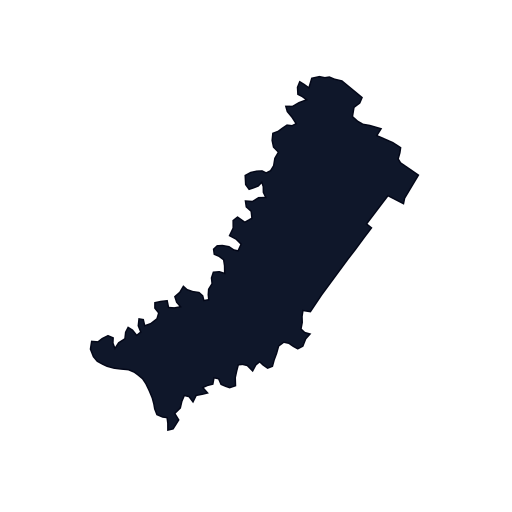 the district of Caibi, Santa Catarina, Brazil, rotated 23°
{"feature_id": "56859067B86054509591718", "entity_name": "Caibi", "entity_type": "district", "adm_level": 2, "iso_a3": "BRA", "parent_name": "Brazil", "parent_adm1": "Santa Catarina", "projection": "natural_earth1", "projection_center": [-53.28, -27.03], "detail": "fine", "context": "isolated", "style": "filled", "palette": "ink", "viewbox_px": 512, "rotation_deg": 23, "n_neighbors": 0, "source": "geoboundaries", "source_scale": "gbopen_adm2", "svg_char_len": 2605}
<svg xmlns="http://www.w3.org/2000/svg" viewBox="0 0 512 512"><g transform="rotate(23 256 256)"><path d="M373.9,118.1L352.7,113.8L348.9,111.1L348.1,104.8L346.8,99.8L337.7,98.2L320.1,98.0L321.4,90.0L309.7,91.4L302.9,93.0L296.7,92.2L290.3,90.0L288.1,80.9L291.7,74.6L291.7,68.7L266.7,61.3L259.0,62.6L253.6,62.6L249.7,65.0L244.3,66.1L237.9,70.6L239.0,80.6L233.4,79.3L228.2,78.5L228.3,84.5L231.4,90.8L236.1,91.1L241.6,92.4L235.7,98.0L231.2,104.0L225.0,106.6L228.4,110.8L234.8,114.1L241.3,118.5L238.3,122.0L233.4,123.4L230.4,128.0L227.7,132.6L223.6,136.5L225.7,143.3L229.6,148.9L236.1,151.6L235.2,158.7L237.0,166.0L236.1,171.8L232.9,175.6L228.4,175.3L223.6,177.6L218.5,181.2L214.6,186.1L218.6,194.3L223.6,197.3L227.0,194.3L230.7,190.7L232.5,185.8L235.6,189.3L237.9,194.5L242.2,198.3L235.6,201.3L231.5,207.2L224.8,209.5L227.9,214.6L234.1,216.7L237.5,222.8L232.5,229.3L223.8,227.4L221.1,232.3L224.1,239.2L223.7,247.6L230.9,248.2L237.7,250.9L237.5,258.3L233.1,259.1L227.5,258.0L220.9,259.5L216.3,261.8L214.3,266.3L216.9,270.7L222.0,270.7L227.7,272.1L230.9,277.3L234.0,284.3L228.4,284.8L223.1,287.6L223.6,293.6L226.4,298.6L225.4,305.1L227.2,310.3L229.6,314.7L225.4,317.4L222.5,313.5L217.8,311.9L211.7,313.5L205.6,313.9L201.0,312.3L200.1,319.1L197.2,325.1L201.0,329.5L206.4,332.2L201.1,335.7L195.6,337.6L191.7,331.9L186.2,335.0L181.2,338.5L183.3,343.5L188.7,346.4L189.4,352.5L185.6,359.3L180.8,363.7L177.1,358.6L172.9,359.6L174.9,366.2L179.7,371.0L177.2,375.7L171.3,372.5L166.2,371.7L165.8,377.1L167.7,383.4L163.5,389.5L162.3,396.3L158.3,392.1L156.5,387.2L150.9,387.2L146.7,392.1L144.1,396.8L138.1,398.8L140.0,406.4L145.7,412.2L151.0,414.9L157.0,415.5L162.0,415.7L169.2,414.7L175.5,412.9L183.0,410.5L189.4,410.5L194.0,411.6L199.6,413.3L204.6,416.6L210.5,421.8L216.0,427.2L219.8,432.1L222.5,436.3L226.8,440.7L233.0,440.7L237.3,439.5L240.2,444.4L242.9,450.7L247.2,447.5L248.9,437.1L242.7,432.7L245.7,425.5L244.5,418.7L244.5,412.4L249.3,411.6L255.0,414.9L255.4,407.7L260.9,404.0L264.9,401.0L258.4,397.9L261.9,394.1L266.3,390.8L264.9,384.5L269.6,383.6L274.0,387.8L279.0,387.8L283.2,387.5L287.8,383.4L284.4,376.0L283.1,369.2L282.2,363.1L286.0,361.0L290.8,360.2L297.8,363.1L298.4,356.3L300.7,351.9L304.9,353.5L310.5,354.7L314.2,351.1L313.3,344.5L313.0,337.8L312.0,330.0L315.2,324.5L320.3,323.5L325.7,324.6L330.7,325.1L334.3,320.7L334.1,312.8L336.2,306.7L330.7,307.4L325.9,305.6L324.5,299.1L322.0,293.7L320.5,287.8L327.8,286.0L331.6,266.0L341.8,223.0L344.8,211.6L348.4,196.4L351.3,185.0L345.2,183.3L351.6,157.9L353.9,148.9L371.3,150.2L370.2,144.7L373.9,118.1Z" fill="#0f172a" stroke="#020617" stroke-width="1.5"/></g></svg>